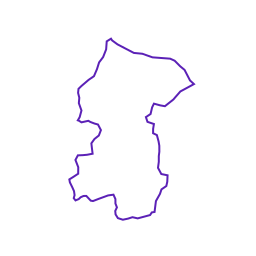 outline of Falkenberg, Halland, Sweden, rotated 156°
{"feature_id": "70781695B60260564619256", "entity_name": "Falkenberg", "entity_type": "district", "adm_level": 2, "iso_a3": "SWE", "parent_name": "Sweden", "parent_adm1": "Halland", "projection": "albers", "projection_center": [12.796, 57.048], "detail": "fine", "context": "isolated", "style": "outline", "palette": "violet", "viewbox_px": 256, "rotation_deg": 156, "n_neighbors": 0, "source": "geoboundaries", "source_scale": "gbopen_adm2", "svg_char_len": 1412}
<svg xmlns="http://www.w3.org/2000/svg" viewBox="0 0 256 256"><g transform="rotate(156 128 128)"><path d="M49.9,141.3L52.0,146.2L52.7,158.1L55.2,163.1L58.0,170.5L61.3,174.2L69.1,178.4L76.9,182.6L84.7,190.0L92.1,194.2L98.7,202.5L103.6,208.7L106.9,214.5L107.2,216.5L112.2,215.8L116.0,208.7L121.9,202.9L127.7,199.7L132.4,194.4L138.0,189.2L144.4,188.0L153.5,185.3L157.3,183.9L159.3,180.4L160.2,175.4L162.8,170.7L163.4,162.9L167.7,157.6L170.7,155.4L170.0,154.8L168.2,152.1L161.3,150.7L160.0,148.9L156.8,145.7L154.0,143.4L153.6,137.1L157.7,133.0L163.1,131.6L167.7,128.9L169.0,124.8L170.8,118.9L176.3,120.2L180.4,121.6L184.9,123.4L189.0,120.2L189.4,112.4L192.1,106.5L197.6,105.6L202.5,104.9L203.2,102.0L203.0,96.4L203.0,92.3L204.1,88.4L206.1,86.0L205.4,83.2L204.7,83.2L202.0,83.1L199.4,84.0L196.3,84.0L193.7,82.9L191.6,76.8L189.7,75.5L183.6,75.2L173.6,74.5L168.4,73.0L168.4,68.2L170.2,64.1L170.4,60.0L173.4,57.4L174.5,54.1L173.9,49.8L170.0,46.3L164.8,45.2L160.2,44.7L155.9,41.5L148.4,40.3L143.3,39.5L143.2,39.5L140.6,41.2L137.9,40.5L132.2,49.9L125.6,54.8L122.4,58.3L116.6,59.4L114.0,62.9L111.1,68.7L116.3,72.4L116.8,79.4L113.6,84.6L111.3,89.8L109.0,93.6L106.6,99.1L105.5,103.4L104.5,109.8L107.2,113.0L105.4,117.0L102.7,121.1L107.7,125.7L107.2,130.7L101.7,131.6L97.6,137.0L94.4,139.7L89.4,135.6L85.4,132.9L74.9,135.6L72.2,136.9L65.3,140.1L54.8,140.9L49.9,141.3Z" fill="none" stroke="#5b21b6" stroke-width="2"/></g></svg>